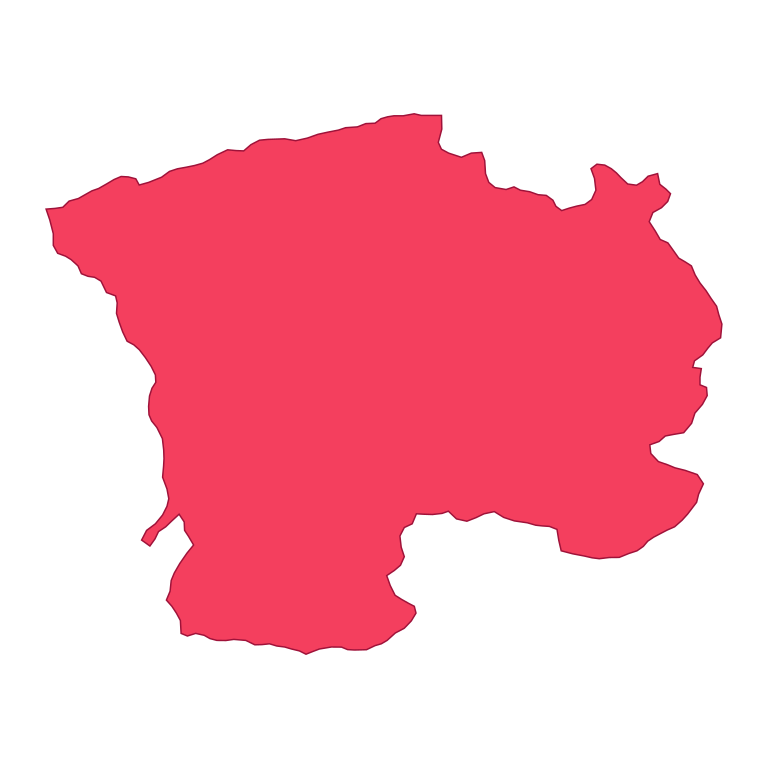 outline of São Gonçalo do Sapucaí, Minas Gerais, Brazil, rotated 180°
{"feature_id": "56859067B18713004927046", "entity_name": "São Gonçalo do Sapucaí", "entity_type": "district", "adm_level": 2, "iso_a3": "BRA", "parent_name": "Brazil", "parent_adm1": "Minas Gerais", "projection": "mercator", "projection_center": [-45.596, -21.903], "detail": "fine", "context": "isolated", "style": "filled", "palette": "rose", "viewbox_px": 768, "rotation_deg": 180, "n_neighbors": 0, "source": "geoboundaries", "source_scale": "gbopen_adm2", "svg_char_len": 3445}
<svg xmlns="http://www.w3.org/2000/svg" viewBox="0 0 768 768"><g transform="rotate(180 384 384)"><path d="M601.6,167.9L596.1,161.7L591.6,154.9L587.6,147.5L586.9,134.6L580.6,132.0L572.3,134.6L563.8,132.7L558.0,129.4L551.1,127.6L542.1,127.5L534.2,128.6L522.2,127.6L513.2,123.2L506.1,123.4L498.5,124.2L491.2,122.0L483.3,121.0L476.5,119.0L468.6,117.1L462.0,113.8L455.2,116.5L448.6,119.0L436.6,121.0L426.5,120.9L420.4,118.4L413.5,118.0L401.5,118.3L392.9,122.4L386.7,124.2L380.9,127.6L372.7,135.0L363.7,139.8L356.7,147.1L352.0,154.9L353.7,161.7L359.3,164.6L366.4,168.6L372.9,172.7L377.8,182.5L381.3,192.4L373.6,197.6L367.5,202.8L363.7,211.3L366.8,220.8L368.1,232.0L363.7,240.5L355.8,244.2L351.6,254.2L344.4,253.8L335.6,253.5L325.9,254.6L319.6,256.8L311.5,249.1L301.1,246.8L291.9,250.4L284.0,254.2L273.7,256.4L264.3,250.6L253.6,247.1L240.6,245.2L232.3,242.8L225.9,242.1L218.6,241.6L211.0,238.6L209.2,227.6L206.8,217.2L195.3,214.2L183.8,212.0L175.9,210.2L168.7,209.3L158.7,210.5L148.8,210.6L139.2,214.5L131.0,217.2L124.7,221.6L120.3,226.8L114.4,230.8L107.8,234.3L100.7,238.0L93.4,241.2L85.9,247.8L80.4,253.9L76.2,259.4L71.4,265.7L69.4,273.8L64.6,284.2L70.7,293.4L82.8,297.6L93.1,300.2L100.1,303.1L109.6,306.4L117.2,314.5L118.2,323.2L108.9,326.5L102.7,332.0L94.4,333.6L84.3,335.3L76.4,344.7L73.1,354.9L65.6,363.6L60.8,372.4L61.5,380.5L68.0,383.2L68.0,390.9L66.7,399.4L75.3,400.6L73.5,407.2L65.2,413.1L60.1,419.9L55.7,425.1L47.4,430.2L46.1,443.9L49.2,453.3L51.4,461.7L56.9,469.5L61.9,477.2L68.0,485.0L72.9,493.1L76.6,502.1L82.8,506.1L89.3,509.9L94.8,517.7L100.1,525.1L107.8,528.5L112.7,536.9L118.8,546.3L115.1,555.5L106.5,560.3L100.3,566.5L97.5,574.3L102.1,578.9L108.2,583.7L110.4,594.4L119.9,591.8L125.5,586.3L131.5,582.8L140.3,584.0L147.1,590.4L151.6,595.1L156.7,599.3L163.2,602.9L171.1,603.8L177.0,599.3L173.5,589.6L172.1,577.8L176.3,568.5L182.9,563.6L191.2,561.9L198.7,559.9L206.3,557.4L212.1,561.7L215.1,567.8L221.7,572.6L229.9,573.3L238.4,576.3L247.6,577.8L254.0,581.1L261.9,578.5L272.9,580.4L279.2,585.6L282.5,594.4L283.3,607.4L286.3,615.6L296.7,614.9L306.6,610.7L319.4,614.9L326.6,618.8L329.7,625.6L326.2,638.9L326.5,652.6L336.9,652.6L346.8,652.6L353.8,654.2L364.8,652.2L374.0,652.2L380.4,651.2L387.0,649.3L392.9,644.8L402.2,644.4L410.7,641.1L422.4,640.3L429.6,637.9L439.9,635.9L450.0,633.7L460.7,629.9L472.3,627.3L483.3,629.2L491.6,628.9L500.2,628.6L508.5,627.8L517.0,623.4L524.3,617.1L531.8,617.4L540.4,618.2L550.7,613.3L558.4,608.4L565.2,604.8L573.4,602.5L581.7,600.8L590.6,599.2L598.5,596.6L606.4,590.8L619.4,585.6L628.8,583.0L632.2,589.2L639.7,591.1L646.9,591.5L653.9,588.5L661.5,584.0L669.4,579.5L676.2,577.1L682.4,573.6L689.6,569.5L698.9,566.9L705.2,560.7L712.9,559.6L721.9,558.9L718.2,548.0L714.7,534.3L714.7,522.6L710.3,514.7L702.4,511.8L696.9,508.4L690.0,502.1L686.6,494.3L680.0,491.7L673.4,490.7L667.0,486.9L661.5,475.5L652.4,472.1L650.8,465.1L651.5,454.6L648.8,445.8L645.3,436.1L640.9,426.8L634.2,423.2L628.7,418.3L622.7,410.5L616.8,401.6L612.6,393.1L612.2,385.7L616.0,379.8L618.5,372.0L619.4,361.6L619.0,353.2L616.4,347.1L611.1,340.5L605.6,329.4L604.3,318.0L604.0,309.3L604.4,302.0L605.4,290.8L601.0,279.0L599.2,269.3L601.0,261.7L605.4,253.0L612.6,244.2L621.4,237.6L626.4,227.9L618.1,222.0L613.0,229.1L609.5,236.4L602.3,241.2L596.5,246.8L588.9,253.8L583.8,246.1L583.4,237.6L579.5,231.7L574.4,223.0L581.0,214.9L588.2,204.5L593.7,195.0L596.8,187.5L597.9,176.8L601.6,167.9Z" fill="#f43f5e" stroke="#9f1239" stroke-width="1.5"/></g></svg>